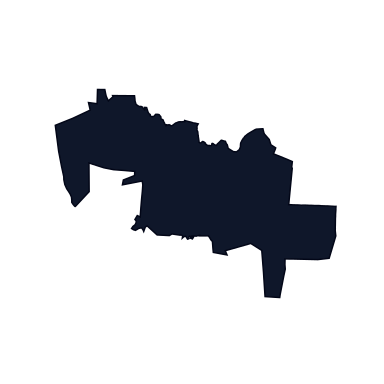 outline of Yajalón, Chiapas, Mexico, rotated 47°
{"feature_id": "50627088B12149275073321", "entity_name": "Yajalón", "entity_type": "district", "adm_level": 2, "iso_a3": "MEX", "parent_name": "Mexico", "parent_adm1": "Chiapas", "projection": "orthographic", "projection_center": [-92.339, 17.178], "detail": "fine", "context": "isolated", "style": "filled", "palette": "ink", "viewbox_px": 384, "rotation_deg": 47, "n_neighbors": 0, "source": "geoboundaries", "source_scale": "gbopen_adm2", "svg_char_len": 5852}
<svg xmlns="http://www.w3.org/2000/svg" viewBox="0 0 384 384"><g transform="rotate(47 192 192)"><path d="M334.0,136.9L328.2,127.0L322.2,116.8L317.8,113.5L316.3,112.0L315.6,111.4L314.3,110.1L309.1,105.1L307.3,103.2L307.0,103.0L306.1,102.1L303.1,98.9L302.4,98.3L300.7,96.5L300.0,97.3L298.1,99.1L297.6,99.6L294.5,102.5L293.8,103.3L292.2,104.9L290.2,106.9L289.6,107.4L289.0,107.9L287.3,109.7L285.4,111.7L284.2,112.8L282.8,114.2L282.0,115.1L280.2,116.8L278.1,118.9L277.0,120.1L276.6,120.7L276.4,120.9L275.9,121.4L275.5,121.7L274.2,122.9L270.2,127.0L269.1,128.0L268.1,129.0L267.6,129.5L267.2,129.9L243.0,102.5L241.8,102.1L238.2,97.9L232.9,100.2L219.6,106.4L217.6,102.1L216.8,100.7L211.3,102.1L206.2,99.7L199.0,99.5L197.6,99.0L196.0,98.1L194.1,97.0L189.9,102.1L189.4,103.4L188.8,106.1L188.3,108.2L187.6,111.6L187.6,112.1L187.5,112.8L187.5,113.6L187.4,115.0L187.3,115.6L187.6,116.3L187.8,116.9L187.7,118.0L188.1,119.0L188.2,119.8L189.1,122.2L189.3,122.8L189.7,123.4L190.7,124.5L192.1,125.9L193.3,128.6L193.0,132.1L190.7,134.2L188.5,134.8L187.0,135.2L184.8,135.8L181.5,134.0L180.0,133.9L177.7,133.0L176.7,133.7L176.2,134.0L175.7,134.3L175.1,134.6L174.9,134.7L174.4,135.1L174.1,135.3L174.2,138.5L174.2,139.8L174.2,141.0L174.5,141.9L174.5,142.6L174.1,142.8L173.7,142.9L173.5,143.0L173.4,143.0L173.1,143.1L172.9,143.2L172.7,143.3L172.4,143.4L171.9,143.5L171.3,143.5L171.0,143.7L170.8,143.7L170.7,143.8L170.4,143.9L170.3,144.0L170.2,144.1L170.2,144.3L170.3,144.6L170.4,144.8L170.9,145.1L171.1,145.3L171.1,145.9L171.2,146.2L171.2,146.4L170.9,146.8L170.6,147.0L170.4,147.1L170.3,147.3L170.1,147.3L169.7,147.7L168.9,148.6L168.7,148.9L168.5,149.0L168.2,149.1L167.7,149.0L167.0,149.0L166.8,149.4L166.6,149.5L166.3,149.5L165.8,149.4L165.6,149.4L165.3,149.3L165.2,148.9L164.8,148.9L164.4,149.0L164.0,149.1L163.6,149.1L163.2,149.3L162.9,149.4L162.3,149.8L162.2,150.1L162.2,150.4L162.2,150.7L162.2,151.1L162.2,151.6L162.1,152.1L162.0,152.4L161.6,152.6L161.1,152.8L160.9,152.8L160.4,152.9L160.2,152.7L157.4,150.7L157.1,150.5L156.5,150.2L156.3,149.9L155.8,149.7L155.3,149.2L155.1,149.0L154.8,148.8L154.6,148.8L152.9,147.5L152.6,147.2L152.3,147.1L151.9,146.9L151.6,146.5L150.8,146.4L150.3,146.2L149.9,145.9L149.4,145.6L148.9,144.8L148.4,144.5L148.0,144.2L147.5,143.8L147.0,142.8L146.4,141.0L143.5,142.9L143.6,143.2L143.2,143.5L141.6,144.3L140.7,144.8L139.7,145.4L139.5,145.6L138.9,146.0L138.4,146.3L136.5,147.5L135.7,148.0L134.7,148.6L135.3,149.4L135.5,149.5L134.8,150.1L134.2,151.0L133.6,151.7L133.1,152.2L132.8,152.5L132.6,152.8L131.9,153.5L131.7,153.8L131.5,154.4L131.2,154.9L131.0,155.6L130.8,156.2L130.4,156.9L130.0,160.8L129.9,161.1L129.8,161.5L129.6,161.8L129.5,162.1L129.3,162.2L129.1,162.3L128.8,162.4L128.5,162.4L128.0,162.4L127.7,162.6L127.4,162.8L127.1,162.9L126.8,163.6L126.5,164.0L125.4,164.8L125.9,165.3L125.7,165.9L124.6,165.4L124.3,165.6L124.1,165.6L123.7,165.6L123.3,165.4L122.9,165.1L121.9,164.9L121.5,164.8L121.1,164.7L120.3,164.3L119.8,164.1L119.5,164.0L119.2,164.1L118.8,164.2L118.4,164.4L118.1,164.6L117.7,164.8L117.4,164.7L116.9,164.4L116.4,164.0L115.7,163.5L115.0,163.4L114.4,163.5L113.9,163.4L113.3,163.4L113.1,163.3L112.6,163.5L112.2,163.9L111.8,164.1L111.7,164.3L111.5,164.5L111.4,164.8L111.1,164.9L110.8,165.1L110.6,165.3L110.4,165.7L110.4,166.2L110.5,166.5L110.6,167.0L110.7,167.7L110.7,168.1L110.5,168.7L110.4,168.8L110.2,168.9L110.1,169.1L109.9,169.4L109.9,169.6L109.7,169.7L109.4,170.1L109.1,170.1L108.8,170.3L108.5,170.5L108.1,170.6L107.8,170.5L107.2,170.1L107.1,169.9L106.9,169.8L106.6,169.8L106.4,169.8L105.8,170.0L105.5,170.0L105.2,170.0L104.9,170.0L104.7,170.0L104.6,169.9L104.4,169.8L104.0,169.8L102.4,169.1L101.2,168.5L100.5,168.2L99.3,167.6L98.5,168.3L97.8,169.0L98.9,169.5L99.3,170.1L100.4,170.7L99.8,170.7L98.0,170.7L97.0,170.6L96.0,170.4L95.5,170.5L95.4,170.6L94.9,170.8L94.7,170.9L94.6,171.0L94.4,171.2L94.1,171.6L94.0,171.8L93.5,172.2L93.1,172.4L92.9,172.4L92.6,172.6L92.0,172.7L91.9,172.7L91.7,172.8L91.4,172.8L91.0,172.9L90.5,173.1L89.7,173.1L88.4,172.5L86.6,171.6L84.6,170.0L82.4,168.4L81.5,169.4L72.3,179.1L67.4,184.3L68.4,184.6L68.4,187.1L68.3,191.0L65.1,190.0L63.4,189.4L61.3,188.2L58.9,186.7L57.6,185.9L52.6,191.2L62.7,201.2L56.0,206.7L62.7,210.6L56.8,228.9L50.0,246.5L71.2,261.7L84.4,270.0L93.3,275.3L95.7,277.4L99.8,279.9L104.2,281.4L107.4,281.9L110.4,282.5L113.5,283.6L116.0,285.5L117.6,287.0L120.0,287.4L122.1,287.5L122.8,287.4L123.0,287.2L121.6,267.0L100.5,247.6L114.2,239.9L122.1,234.2L130.0,226.9L137.9,219.8L140.8,222.8L136.4,234.0L139.3,238.0L150.0,220.9L151.4,221.9L152.3,222.4L153.5,223.4L157.6,227.8L162.9,233.8L168.8,240.3L174.9,246.9L171.9,248.1L173.2,252.5L174.8,252.5L175.5,252.9L176.3,253.8L176.5,254.4L176.9,255.2L177.1,256.1L177.1,256.8L176.9,258.4L176.9,258.7L177.5,261.1L178.3,260.9L178.9,260.7L179.5,260.6L179.8,260.4L180.2,260.3L180.5,260.1L180.7,259.9L181.5,259.5L182.3,255.8L183.7,253.4L184.7,253.4L186.1,253.6L186.8,253.8L187.9,254.2L185.8,250.1L186.1,247.9L199.6,246.8L208.4,238.3L209.0,235.3L215.6,230.0L215.6,229.3L217.7,228.7L219.1,230.5L219.1,228.6L220.0,226.8L221.0,226.9L223.4,227.4L223.5,227.1L223.7,226.9L223.8,226.7L224.0,226.3L224.0,226.1L223.7,225.8L223.5,225.7L223.4,225.5L223.2,225.3L223.1,225.2L222.9,225.1L222.7,224.9L222.6,223.9L224.0,223.1L224.7,224.6L226.6,223.7L226.0,221.7L223.7,222.6L225.8,220.3L226.0,220.1L226.2,219.8L226.4,219.7L226.6,219.5L226.9,219.3L227.1,219.1L227.3,218.7L227.3,218.4L227.5,218.2L227.8,217.8L228.0,217.3L228.8,216.0L229.1,216.5L233.1,212.2L233.8,211.5L234.2,210.9L234.5,210.7L235.4,210.0L235.4,209.9L237.2,210.2L240.1,210.8L242.1,210.8L248.2,215.7L250.7,217.6L254.2,215.0L254.3,214.9L256.0,213.7L261.9,209.3L257.6,207.7L269.7,184.1L282.3,180.8L299.5,194.5L318.3,209.9L329.0,199.8L327.3,197.7L321.7,190.0L315.9,182.0L312.0,176.4L308.4,173.5L304.4,169.6L309.6,164.1L327.2,146.1L334.0,136.9Z" fill="#0f172a" stroke="#020617" stroke-width="1.5"/></g></svg>